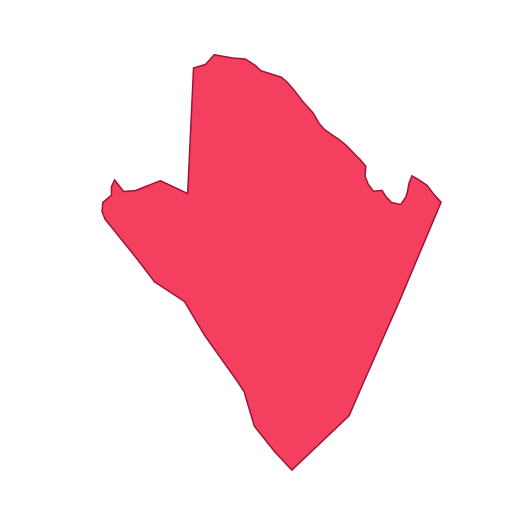 Cacimba de Dentro, Paraíba, Brazil, rotated 210°
{"feature_id": "56859067B66025103002424", "entity_name": "Cacimba de Dentro", "entity_type": "district", "adm_level": 2, "iso_a3": "BRA", "parent_name": "Brazil", "parent_adm1": "Paraíba", "projection": "mercator", "projection_center": [-35.805, -6.618], "detail": "fine", "context": "isolated", "style": "filled", "palette": "rose", "viewbox_px": 512, "rotation_deg": 210, "n_neighbors": 0, "source": "geoboundaries", "source_scale": "gbopen_adm2", "svg_char_len": 898}
<svg xmlns="http://www.w3.org/2000/svg" viewBox="0 0 512 512"><g transform="rotate(210 256 256)"><path d="M117.9,88.5L107.3,124.3L95.5,164.3L99.4,198.0L109.4,290.1L122.6,395.1L133.3,398.5L143.2,402.7L152.5,403.4L161.0,403.4L159.9,395.6L157.4,388.7L155.7,381.9L156.4,372.9L165.3,370.1L173.5,372.5L179.6,375.9L186.7,370.8L194.8,374.3L201.6,379.8L205.8,388.7L214.0,391.5L223.7,394.2L233.0,396.9L241.9,398.3L251.7,399.0L260.6,399.9L267.4,402.3L278.1,408.4L293.3,413.4L304.8,418.2L315.9,422.1L323.3,423.5L333.9,421.2L344.6,418.9L352.1,420.7L363.9,421.2L375.0,415.9L386.7,411.6L392.8,409.5L395.5,396.7L404.1,387.6L346.4,275.9L376.4,273.4L393.4,252.1L403.0,245.7L416.5,251.2L415.8,243.6L411.6,236.4L415.5,225.8L411.5,217.4L405.1,212.4L358.1,194.2L330.8,182.8L295.3,180.9L261.3,161.8L209.1,137.9L198.4,132.5L172.4,107.8L142.1,95.9L117.9,88.5Z" fill="#f43f5e" stroke="#9f1239" stroke-width="1.5"/></g></svg>